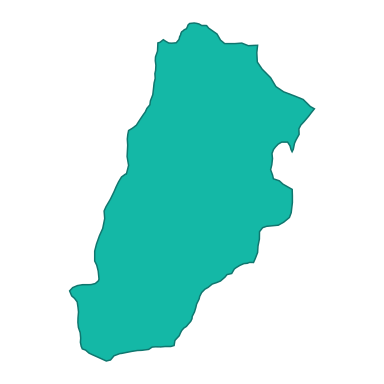 Qabala District, Qəbələ, Azerbaijan
{"feature_id": "54616110B33746839775993", "entity_name": "Qabala District", "entity_type": "district", "adm_level": 2, "iso_a3": "AZE", "parent_name": "Azerbaijan", "parent_adm1": "Qəbələ", "projection": "orthographic", "projection_center": [47.798, 40.94], "detail": "fine", "context": "isolated", "style": "filled", "palette": "teal", "viewbox_px": 384, "rotation_deg": 0, "n_neighbors": 0, "source": "geoboundaries", "source_scale": "gbopen_adm2", "svg_char_len": 2583}
<svg xmlns="http://www.w3.org/2000/svg" viewBox="0 0 384 384"><path d="M206.6,25.6L205.4,25.5L201.7,25.5L199.1,24.0L196.8,23.4L194.2,23.0L191.3,23.3L189.6,23.5L188.1,24.9L187.1,27.5L186.2,28.9L184.3,29.7L183.1,30.8L181.6,31.9L180.9,33.4L180.6,34.9L179.6,36.8L179.3,38.4L178.9,39.6L177.2,41.6L176.2,42.8L171.5,43.2L168.7,43.0L165.7,41.3L163.3,39.7L160.0,42.3L158.9,42.6L157.9,42.9L157.5,51.2L155.5,56.9L155.3,60.8L155.9,65.3L155.6,70.4L154.9,73.6L155.2,78.4L154.1,83.0L153.4,89.5L152.8,94.7L150.4,100.9L149.9,104.8L146.9,108.4L145.2,112.1L143.5,114.4L140.8,118.4L139.0,121.1L136.4,125.2L132.3,128.3L128.6,130.5L127.8,134.5L127.3,139.0L127.7,145.2L127.1,156.6L128.6,165.4L126.4,174.0L125.6,174.0L121.5,177.0L118.5,182.0L116.1,186.9L114.2,191.4L110.5,199.0L110.0,199.9L106.0,206.7L104.1,211.0L104.7,218.6L102.7,228.5L99.5,235.6L96.5,244.0L94.7,251.1L94.7,261.0L95.1,261.8L96.7,265.1L98.2,271.0L98.6,275.0L99.0,279.2L98.3,280.9L95.3,283.5L91.1,284.6L88.4,284.7L85.4,284.7L82.5,284.7L77.4,285.6L72.7,287.6L69.6,290.9L70.2,292.3L70.8,293.8L71.7,295.9L74.5,298.3L77.2,301.9L78.0,307.2L78.5,312.0L78.0,318.0L77.9,322.4L78.4,327.4L80.2,332.7L80.7,338.2L80.4,342.3L81.2,346.3L82.3,348.9L85.6,350.1L89.0,353.1L92.8,354.9L98.4,357.4L101.9,359.0L106.3,361.0L109.5,360.2L110.5,360.0L114.0,355.8L119.8,353.6L121.7,353.4L126.1,352.5L131.7,351.4L137.3,350.5L141.9,350.3L148.7,349.4L152.1,347.1L155.6,346.8L160.8,346.9L165.3,346.5L170.7,346.5L171.2,346.4L174.1,345.5L174.9,340.5L176.3,338.9L179.2,335.8L180.5,332.8L181.7,330.5L183.8,328.1L186.4,326.4L188.3,324.1L190.7,321.4L192.0,318.7L192.2,316.5L194.5,311.9L195.8,307.6L196.6,304.1L199.1,299.0L199.7,296.4L201.6,292.6L204.9,289.2L208.1,287.4L212.3,284.0L216.6,282.6L220.5,281.0L225.0,277.1L227.0,274.6L231.7,273.5L234.3,269.0L235.9,267.8L239.8,265.4L243.9,263.6L247.2,263.3L249.6,262.4L253.5,262.5L255.3,258.5L257.6,252.5L258.0,246.0L259.4,239.1L259.5,231.7L262.6,227.7L266.6,226.3L278.3,225.2L283.8,222.1L289.4,217.5L291.2,212.7L292.4,202.5L292.4,195.9L292.2,189.4L283.0,184.2L279.3,180.8L273.4,178.8L272.6,175.2L270.6,169.7L271.8,164.7L272.5,158.6L272.0,153.5L273.5,149.5L275.5,146.9L278.2,144.1L281.7,142.1L287.6,142.1L290.0,145.8L291.0,149.5L292.1,151.7L293.3,149.3L294.5,143.3L296.0,140.0L299.1,134.4L298.9,128.8L300.8,125.1L304.5,121.1L308.5,116.4L311.3,112.7L314.4,108.8L310.3,106.5L303.2,99.5L294.9,96.1L283.6,91.8L275.9,86.6L270.6,77.7L262.1,69.1L257.3,62.0L256.8,52.6L257.6,45.3L254.1,45.4L248.3,45.7L241.8,43.1L235.0,43.6L224.7,43.6L220.5,40.1L217.0,34.0L208.6,28.1L206.6,25.6Z" fill="#14b8a6" stroke="#0f766e" stroke-width="1.5"/></svg>